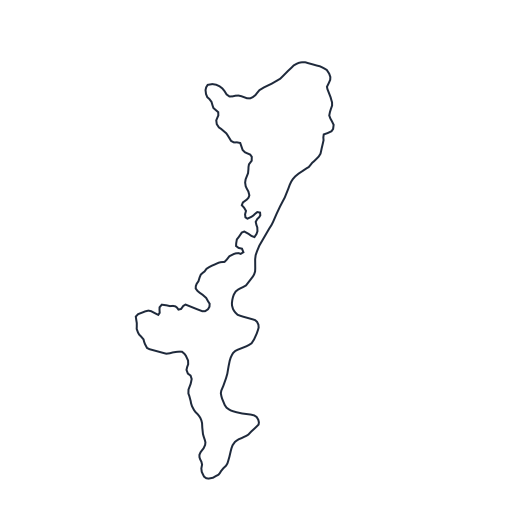 the district of Lago De Amatitlan, Guatemala, rotated 241°
{"feature_id": "79465075B78554632874353", "entity_name": "Lago De Amatitlan", "entity_type": "district", "adm_level": 2, "iso_a3": "GTM", "parent_name": "Guatemala", "parent_adm1": "", "projection": "mercator", "projection_center": [-90.569, 14.455], "detail": "fine", "context": "isolated", "style": "outline", "palette": "slate", "viewbox_px": 512, "rotation_deg": 241, "n_neighbors": 0, "source": "geoboundaries", "source_scale": "gbopen_adm2", "svg_char_len": 4647}
<svg xmlns="http://www.w3.org/2000/svg" viewBox="0 0 512 512"><g transform="rotate(241 256 256)"><path d="M367.4,399.4L369.6,400.1L371.9,403.4L374.1,406.3L376.5,407.8L380.0,408.4L384.4,408.1L386.8,406.7L388.8,405.4L391.0,403.8L393.2,401.4L395.8,398.8L399.7,394.8L401.4,393.2L402.6,391.2L403.5,389.3L404.2,387.0L404.4,384.7L404.4,381.4L403.5,378.3L402.3,373.5L400.3,366.7L399.3,363.1L399.1,353.1L399.3,350.0L399.6,344.6L399.5,342.3L399.4,339.4L398.0,335.8L397.0,333.5L396.5,330.2L396.7,327.4L398.3,324.6L400.4,322.8L402.8,320.7L404.8,318.5L406.1,315.9L407.0,312.8L408.4,310.1L411.6,308.6L415.6,308.4L418.9,307.8L422.1,306.4L425.1,304.2L427.5,301.2L429.1,296.7L427.7,294.2L425.6,292.3L421.9,290.8L418.5,290.4L416.0,291.3L412.4,291.8L408.8,291.0L406.1,290.5L403.1,291.6L400.1,292.7L397.2,291.2L395.9,289.5L393.9,287.0L390.3,285.6L386.4,285.9L384.1,287.1L377.7,289.5L375.6,289.7L371.3,289.9L368.7,290.0L366.1,291.7L364.6,294.5L362.5,297.0L359.1,296.4L355.2,295.7L352.1,296.6L350.2,298.0L347.5,300.1L344.8,300.4L341.4,298.4L340.5,296.3L339.6,294.3L337.5,292.6L335.5,291.4L332.3,289.2L328.1,284.1L325.5,282.1L322.0,280.8L319.5,280.6L316.1,280.6L312.3,279.6L310.6,277.7L309.8,275.3L309.2,270.5L307.3,268.2L304.1,269.0L300.3,269.1L297.7,266.6L294.9,265.5L292.8,266.6L292.5,271.1L292.7,273.3L293.3,275.5L293.8,278.4L292.0,280.6L289.5,279.5L288.4,277.6L287.7,275.0L286.0,272.3L282.9,271.4L280.4,271.0L277.0,269.3L275.0,267.1L273.3,263.8L275.8,261.7L279.0,260.2L283.1,257.6L283.4,254.9L282.3,252.8L280.9,250.0L279.8,247.3L276.8,244.9L274.4,243.4L271.5,244.7L269.2,247.3L265.4,246.8L265.3,243.6L266.9,242.2L268.1,239.6L268.5,237.6L268.7,232.6L267.0,228.6L266.1,225.6L267.6,222.4L268.2,220.3L268.4,218.3L268.6,215.6L268.9,212.9L269.0,209.8L268.8,206.5L267.4,203.5L267.1,201.3L266.5,198.7L264.6,196.3L261.8,193.4L260.5,190.7L258.9,188.8L256.8,187.5L253.8,187.9L251.2,188.9L248.0,190.5L243.5,192.1L239.6,192.1L236.7,192.3L234.2,190.7L232.7,188.2L232.4,184.8L233.7,182.3L238.1,178.6L247.7,170.8L247.6,168.2L246.0,164.8L246.7,162.2L249.1,161.9L251.0,161.1L252.6,159.2L253.9,156.4L256.1,154.0L259.1,150.0L257.9,146.8L255.9,145.6L253.0,144.2L251.9,142.0L253.6,140.8L255.4,139.6L258.6,137.5L260.4,135.4L261.3,132.2L261.6,129.7L262.0,126.9L262.3,124.7L261.3,121.5L257.9,120.2L255.1,119.2L251.9,117.4L250.1,116.3L246.3,115.7L243.9,115.7L241.5,116.4L237.6,117.2L235.4,116.6L232.9,116.2L228.4,116.1L226.2,117.6L215.6,128.5L214.0,130.2L212.7,133.5L212.0,136.5L210.6,140.2L209.4,142.8L208.1,144.9L205.1,146.0L202.8,146.3L197.5,145.9L194.2,144.2L192.3,142.0L190.1,140.0L186.2,139.4L183.1,140.8L179.6,140.1L177.7,138.5L175.8,136.8L171.9,132.2L168.5,130.2L165.9,129.8L160.7,128.5L158.7,127.8L155.7,127.2L151.3,127.1L148.9,127.4L145.8,128.3L143.3,128.7L141.2,128.8L138.6,128.5L136.0,127.8L131.9,125.8L126.0,123.3L123.5,122.7L119.7,122.0L117.5,121.4L115.4,119.9L113.2,116.9L112.2,114.5L111.2,112.3L109.5,110.1L107.4,109.0L105.3,108.6L102.5,108.5L99.7,107.7L96.7,105.2L93.5,103.9L90.5,103.7L88.2,103.6L85.8,104.7L84.3,106.6L82.9,110.9L83.0,114.1L82.9,117.1L83.6,119.0L84.9,121.3L86.2,124.6L87.1,128.1L88.4,130.4L90.2,132.3L93.3,135.4L97.5,139.2L99.7,141.3L101.8,143.7L103.6,147.4L103.9,149.4L104.1,152.0L103.7,155.2L103.6,157.6L103.4,160.4L103.5,162.7L104.8,166.8L105.8,171.0L106.4,173.3L107.3,176.5L109.1,177.9L111.7,178.6L114.9,178.5L117.5,177.1L119.8,174.6L125.0,167.5L128.9,163.1L131.4,160.6L133.1,159.1L134.9,158.0L137.6,156.7L140.8,156.4L144.3,156.8L147.8,157.2L150.3,157.8L153.0,158.7L155.1,160.4L158.3,164.5L163.6,170.5L166.9,173.8L172.9,178.6L177.1,182.2L179.4,184.6L181.2,187.1L182.3,189.0L183.0,191.8L182.9,194.5L182.0,201.4L181.7,203.9L181.6,206.7L181.8,209.8L184.0,213.9L187.8,219.0L190.3,221.8L192.1,223.6L194.7,224.8L197.9,225.0L200.4,224.1L202.2,222.4L209.1,215.4L211.2,213.4L213.5,211.4L216.6,210.5L218.8,210.2L220.9,210.2L224.3,211.0L226.5,212.1L229.1,214.0L231.2,215.9L233.0,217.9L234.8,221.0L235.3,224.0L235.3,226.6L235.1,229.5L235.1,233.0L236.6,236.5L238.5,240.9L239.6,243.4L240.8,245.4L242.9,247.7L245.5,249.3L249.0,251.2L253.6,253.7L256.9,256.1L259.6,259.1L263.5,264.0L273.6,280.9L275.6,284.6L277.5,287.4L283.1,294.7L287.7,301.1L290.8,305.8L293.2,309.5L299.3,317.0L301.9,320.0L304.0,322.9L305.4,325.5L306.6,328.9L307.4,333.2L308.2,343.0L308.2,345.2L309.1,347.5L310.3,350.4L310.7,352.5L311.3,354.7L311.9,356.8L312.6,359.1L314.2,362.0L316.2,363.8L318.4,365.7L320.8,367.9L322.8,369.7L324.5,371.2L327.1,372.4L329.5,374.2L328.8,378.1L328.5,382.5L329.7,385.0L333.1,387.5L336.8,387.7L340.2,387.7L343.4,388.2L346.1,390.5L348.3,392.8L350.7,395.5L353.5,397.0L355.8,397.5L358.7,398.2L363.1,398.8L367.4,399.4Z" fill="none" stroke="#1e293b" stroke-width="2"/></g></svg>